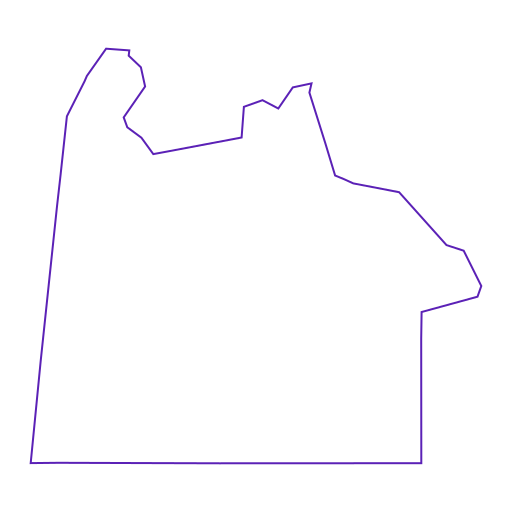 Chesapeake, Virginia, United States of America
{"feature_id": "52423323B47128133018764", "entity_name": "Chesapeake", "entity_type": "district", "adm_level": 2, "iso_a3": "USA", "parent_name": "United States of America", "parent_adm1": "Virginia", "projection": "natural_earth1", "projection_center": [-76.309, 36.708], "detail": "fine", "context": "isolated", "style": "outline", "palette": "violet", "viewbox_px": 512, "rotation_deg": 0, "n_neighbors": 0, "source": "geoboundaries", "source_scale": "gbopen_adm2", "svg_char_len": 611}
<svg xmlns="http://www.w3.org/2000/svg" viewBox="0 0 512 512"><path d="M30.7,463.1L58.5,462.8L152.2,463.1L219.3,463.3L421.3,463.2L421.2,338.4L421.6,312.0L477.5,296.7L481.3,286.0L463.7,250.7L446.5,245.1L444.8,243.2L399.1,192.2L353.3,183.4L344.1,179.2L335.1,175.5L325.4,143.5L309.4,92.6L311.5,83.4L292.8,87.4L278.3,108.5L262.5,100.2L243.9,106.8L241.6,137.5L165.8,151.8L153.3,154.1L141.4,137.7L127.3,127.3L123.7,117.4L145.1,86.5L140.9,67.3L128.7,55.7L129.3,50.4L106.1,48.7L86.9,75.9L84.6,81.2L68.3,113.5L66.9,116.3L60.6,174.6L57.0,206.4L40.7,360.9L30.7,463.1Z" fill="none" stroke="#5b21b6" stroke-width="2"/></svg>